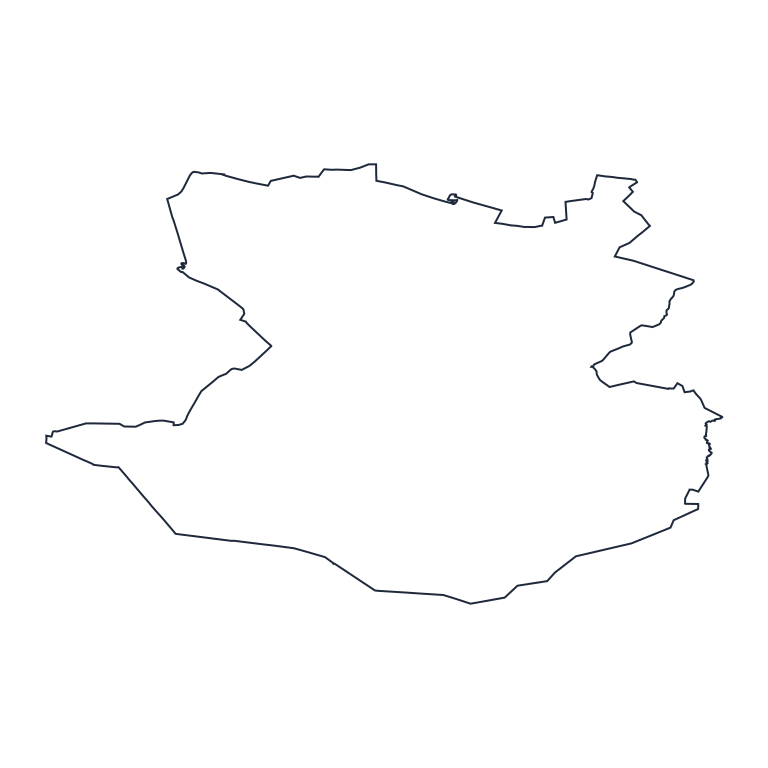 the district of Vilces pag., Jelgava, Latvia
{"feature_id": "27541924B72553882676759", "entity_name": "Vilces pag.", "entity_type": "district", "adm_level": 2, "iso_a3": "LVA", "parent_name": "Latvia", "parent_adm1": "Jelgava", "projection": "robinson", "projection_center": [23.537, 56.394], "detail": "fine", "context": "isolated", "style": "outline", "palette": "slate", "viewbox_px": 768, "rotation_deg": 0, "n_neighbors": 0, "source": "geoboundaries", "source_scale": "gbopen_adm2", "svg_char_len": 6024}
<svg xmlns="http://www.w3.org/2000/svg" viewBox="0 0 768 768"><path d="M191.8,173.0L189.8,175.6L183.1,188.9L182.4,189.7L181.5,191.4L178.0,194.5L167.2,199.0L172.5,217.9L173.3,219.5L177.5,232.9L183.4,252.7L185.9,260.7L186.2,262.1L186.0,263.6L185.7,263.8L184.6,263.3L182.6,263.0L181.9,263.1L181.6,263.3L181.4,263.5L181.3,263.9L181.6,264.3L181.9,264.5L182.9,264.6L183.4,264.8L183.8,265.5L183.8,265.9L184.1,266.2L184.6,266.5L184.3,267.5L183.3,268.6L182.4,268.6L182.4,268.3L182.7,266.7L182.0,266.5L181.3,267.0L180.9,267.1L179.0,267.4L178.1,267.8L177.8,268.0L177.4,268.7L177.6,269.3L178.9,270.0L179.7,271.0L181.3,272.1L181.8,271.9L182.7,272.1L189.0,277.4L196.9,280.9L204.2,283.6L218.2,289.6L219.0,290.3L219.3,290.6L239.4,305.9L243.1,308.9L243.4,309.4L244.3,313.8L240.3,319.8L246.0,321.7L246.2,322.4L249.8,326.1L264.9,340.3L271.3,345.9L271.3,346.1L266.5,350.7L254.3,362.0L249.3,366.0L241.7,369.9L234.4,368.5L231.9,368.9L230.2,370.1L226.2,373.8L222.3,375.3L218.4,377.0L212.7,381.9L201.4,391.1L198.8,395.3L194.5,403.0L191.8,407.5L188.9,412.6L186.9,416.7L186.3,418.6L185.4,420.4L182.6,423.8L178.4,425.0L173.6,425.2L173.7,422.7L173.7,422.4L164.1,420.7L160.3,420.6L155.2,421.0L144.9,422.5L139.9,424.9L136.0,426.6L135.6,426.7L124.4,426.5L123.8,426.3L119.6,423.8L93.5,423.4L86.0,423.4L57.6,431.4L56.9,431.5L54.3,431.2L53.5,431.4L53.0,431.7L52.8,432.1L51.6,436.4L51.2,436.6L46.3,435.7L46.3,435.8L46.5,438.6L46.1,443.0L84.6,460.5L84.9,460.5L92.2,463.8L92.8,464.1L93.3,464.8L101.7,465.8L116.1,467.3L117.6,467.3L118.5,467.2L125.6,475.4L129.9,480.6L131.5,482.3L143.0,495.9L148.7,502.4L151.3,505.7L157.2,512.4L162.6,518.4L174.3,532.2L175.4,533.7L176.6,534.0L230.8,540.8L232.7,540.9L233.6,540.7L261.0,544.1L273.9,545.6L293.7,548.2L300.3,550.0L324.9,557.1L325.4,557.4L332.4,562.5L333.0,563.0L333.4,563.8L333.9,563.4L334.6,563.7L375.0,590.5L377.7,590.8L406.6,592.6L419.6,593.5L443.3,595.0L453.1,598.0L470.6,603.7L504.7,597.6L517.5,585.7L547.2,581.1L555.0,572.5L575.9,556.3L631.4,543.4L670.5,527.6L673.7,520.2L698.1,509.0L698.3,505.4L698.2,504.0L685.2,503.8L685.0,503.6L685.2,498.4L689.2,490.5L689.5,490.1L689.6,489.6L692.7,489.7L698.4,491.6L698.7,491.0L708.1,476.4L708.4,475.1L706.4,465.7L706.7,464.5L705.9,464.0L706.4,463.6L707.5,463.1L707.1,462.4L706.7,462.1L707.4,461.5L707.6,461.2L707.0,460.8L706.5,460.8L706.2,460.5L706.3,460.0L706.5,459.8L707.4,459.4L706.7,457.7L706.8,457.4L707.5,456.9L707.6,456.4L707.9,456.2L709.0,455.9L708.9,455.5L709.1,455.3L710.3,455.0L711.0,453.9L711.4,453.7L711.7,452.9L711.6,452.6L710.2,451.8L709.5,451.0L709.0,450.6L708.8,450.2L708.9,449.7L709.2,449.4L709.6,449.2L710.6,449.1L710.9,448.8L710.7,448.3L710.4,448.1L710.0,447.8L709.5,447.7L709.4,447.4L709.4,447.2L709.7,446.8L709.4,446.0L709.0,445.5L709.1,445.1L709.0,444.5L709.8,444.0L709.6,443.6L709.1,443.4L708.5,443.3L707.8,443.3L707.0,443.1L706.9,442.5L707.3,441.8L707.2,441.2L707.6,440.6L707.0,440.2L706.8,439.9L706.5,439.8L705.9,439.8L705.7,439.7L705.7,439.1L704.9,438.4L704.4,437.8L704.3,437.5L704.5,436.5L705.2,436.1L706.1,436.0L706.2,435.5L705.9,434.7L706.4,431.5L706.8,426.2L705.4,425.6L706.5,424.4L705.9,423.8L705.7,423.4L706.2,422.8L708.6,421.3L709.5,421.4L710.4,421.8L712.1,420.8L713.3,420.5L714.4,420.9L715.1,420.7L715.1,420.3L714.8,419.8L714.8,419.6L716.2,419.1L717.7,419.0L720.3,418.5L721.2,418.1L721.9,417.4L721.4,417.1L721.8,416.7L704.6,407.9L701.0,399.7L700.2,398.5L696.3,394.3L694.5,391.9L693.6,390.4L690.8,391.2L690.5,391.5L684.6,392.2L682.4,386.0L677.4,383.2L673.9,388.3L673.4,388.5L672.6,388.5L670.6,388.5L668.9,388.3L668.4,388.9L636.5,383.0L634.0,381.4L619.2,384.7L609.6,387.0L602.3,381.8L600.5,380.4L599.6,379.5L597.7,376.2L596.9,374.7L596.4,371.1L595.3,369.6L593.3,367.5L593.2,366.9L591.3,366.8L591.6,366.3L593.3,366.3L593.7,365.2L594.1,364.6L595.1,364.0L601.2,361.3L602.3,360.7L603.8,359.1L608.1,354.0L610.1,351.8L620.0,347.8L622.3,346.7L624.9,345.9L629.4,344.7L630.2,344.4L631.9,342.5L631.6,340.7L631.1,338.9L630.4,335.5L630.1,333.6L630.4,332.4L640.2,326.0L641.6,325.3L645.7,325.9L651.2,326.8L652.1,327.1L653.2,326.8L659.0,324.4L660.1,323.5L660.9,322.4L661.1,321.1L661.9,320.1L664.2,317.8L664.3,316.2L666.0,315.5L666.9,314.8L667.0,314.5L666.6,313.5L666.4,311.7L666.8,310.0L668.3,308.9L668.8,308.1L669.3,304.8L669.6,304.0L669.4,301.7L669.6,301.0L670.0,300.6L670.8,299.0L672.2,297.6L673.4,296.1L673.9,294.6L674.3,291.7L674.7,291.0L675.2,290.4L675.9,289.9L677.2,289.2L682.6,287.9L685.1,287.0L690.3,284.9L691.8,283.9L693.8,281.5L693.5,280.5L693.4,280.2L633.3,260.7L614.8,256.5L619.6,247.3L629.5,242.9L637.3,236.2L642.2,232.4L649.9,225.9L648.0,223.8L641.4,215.3L634.2,211.6L623.3,201.1L628.9,195.8L632.9,191.8L629.2,187.4L629.4,187.2L631.3,185.9L637.1,182.3L637.1,182.2L635.4,179.8L632.3,179.4L630.7,179.0L616.6,177.7L613.8,177.2L607.2,176.5L606.6,176.6L597.2,175.2L595.1,181.7L594.3,185.8L593.3,188.6L591.7,191.6L591.6,192.1L592.8,193.1L591.5,198.1L588.5,199.5L586.1,199.0L570.5,201.1L565.5,201.9L566.6,219.5L560.8,221.2L555.1,222.8L553.4,217.0L545.0,217.6L542.1,225.7L541.8,225.6L534.6,227.1L525.7,226.9L525.2,227.1L516.8,225.8L511.1,225.4L502.9,223.9L495.0,222.9L501.7,210.5L473.0,202.4L456.0,196.9L455.5,196.8L455.5,196.5L455.1,196.5L454.9,196.3L455.0,195.9L456.1,195.4L456.0,194.6L455.7,194.4L454.6,194.5L452.4,194.3L451.2,194.5L450.3,195.1L449.7,195.8L448.7,197.9L447.9,198.9L447.7,199.4L447.9,199.8L448.8,200.1L455.4,200.3L457.2,200.0L457.2,200.5L456.2,202.3L455.0,203.5L453.9,203.9L452.8,204.1L452.6,203.9L452.7,203.6L453.3,203.2L453.8,202.3L453.4,201.8L452.3,201.5L451.5,201.7L451.1,202.2L451.1,203.0L449.8,202.8L444.1,201.3L434.1,198.4L421.7,194.3L403.3,186.4L400.4,185.8L397.6,185.3L384.9,182.4L376.4,180.8L376.2,173.9L376.1,164.3L368.7,164.3L360.3,167.6L350.9,170.1L336.7,169.6L331.9,169.8L324.3,169.3L324.0,169.4L323.6,169.9L318.5,176.8L316.2,176.6L315.6,176.7L306.3,176.5L300.1,177.9L293.7,175.7L270.8,180.9L268.0,185.7L255.7,183.3L248.6,181.8L237.6,179.0L226.7,176.0L223.7,175.0L224.0,174.8L224.1,174.4L210.5,172.9L201.8,173.5L199.0,172.5L194.2,171.8L193.0,172.1L191.8,173.0Z" fill="none" stroke="#1e293b" stroke-width="2"/></svg>